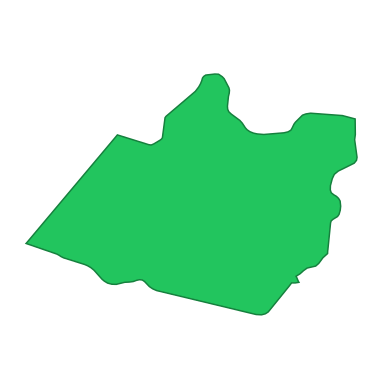 the border of Eastern Highlands, rotated 93°
{"feature_id": "PNG-1243", "entity_name": "Eastern Highlands", "entity_type": "Province", "adm_level": 1, "iso_a3": "PNG", "parent_name": "Papua New Guinea", "parent_adm1": "", "projection": "robinson", "projection_center": [145.54, -6.548], "detail": "fine", "context": "isolated", "style": "filled", "palette": "green", "viewbox_px": 384, "rotation_deg": 93, "n_neighbors": 0, "source": "natural_earth", "source_scale": "10m", "svg_char_len": 1474}
<svg xmlns="http://www.w3.org/2000/svg" viewBox="0 0 384 384"><g transform="rotate(93 192 192)"><path d="M148.7,29.0L151.8,29.4L154.7,31.5L163.4,47.0L166.9,50.8L171.3,52.6L178.4,54.1L182.7,54.0L185.5,52.9L187.4,50.2L188.8,47.5L190.7,45.3L193.3,43.6L198.4,42.8L202.4,43.0L206.7,44.0L208.9,45.4L211.9,49.8L213.6,51.5L215.5,52.0L242.7,53.3L243.4,53.4L246.4,53.4L250.8,57.8L256.7,61.7L259.5,64.6L261.9,73.0L264.7,76.5L268.0,79.8L270.7,83.7L272.0,82.9L275.3,81.3L276.6,80.5L277.4,84.2L277.6,87.8L280.7,89.9L307.8,109.6L309.8,112.4L311.0,116.1L311.0,121.5L292.3,222.1L290.8,226.1L288.7,229.6L283.9,234.7L282.5,237.0L282.3,239.8L283.1,242.7L284.5,246.0L285.2,249.8L285.7,254.5L288.2,262.8L288.3,267.2L287.4,271.5L285.6,274.9L283.8,277.3L275.2,285.8L272.8,289.1L271.1,292.4L270.0,295.4L264.5,316.7L263.4,319.3L262.1,321.5L261.1,323.6L252.1,355.0L138.9,269.5L147.0,237.7L147.2,235.2L146.0,232.7L141.9,226.6L140.6,225.1L139.3,224.4L119.2,222.8L117.8,221.9L91.3,193.9L86.6,190.7L83.5,189.2L80.4,188.1L77.7,187.5L76.0,186.4L74.5,184.4L73.0,175.3L73.0,171.6L75.3,167.8L77.2,165.8L86.0,160.6L88.4,159.9L91.4,160.0L94.6,160.6L104.5,161.1L107.5,160.7L109.9,159.5L112.1,156.9L118.0,148.0L120.6,145.4L125.1,142.1L127.0,140.2L128.8,137.2L130.0,133.6L130.6,129.9L130.8,123.3L128.1,103.4L126.9,99.2L125.1,96.5L123.2,95.5L118.9,93.7L116.9,92.4L109.5,85.7L108.1,82.4L107.1,77.7L107.8,45.8L110.5,32.9L126.0,31.9L131.3,32.3L148.7,29.0Z" fill="#22c55e" stroke="#15803d" stroke-width="1.5"/></g></svg>